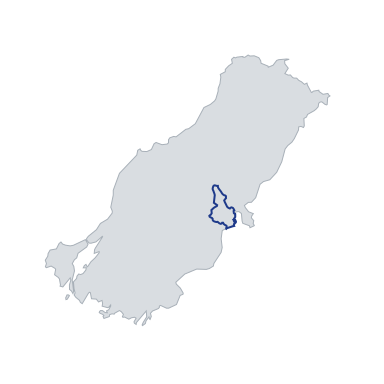 location of Adana within Turkey, rotated 311°
{"feature_id": "TUR-3018", "entity_name": "Adana", "entity_type": "Province", "adm_level": 1, "iso_a3": "TUR", "parent_name": "Turkey", "parent_adm1": "", "projection": "mercator", "projection_center": [35.602, 37.508], "detail": "fine", "context": "in_parent", "style": "outline", "palette": "blue", "viewbox_px": 384, "rotation_deg": 311, "n_neighbors": 0, "source": "natural_earth", "source_scale": "10m", "svg_char_len": 5578}
<svg xmlns="http://www.w3.org/2000/svg" viewBox="0 0 384 384"><g transform="rotate(311 192 192)"><path d="M299.3,136.2L304.6,138.2L306.4,136.7L311.3,136.9L315.6,138.0L318.1,134.8L321.2,135.2L321.7,136.8L323.2,137.4L327.7,141.5L327.2,142.0L328.3,143.5L332.2,144.5L332.6,146.5L335.6,149.6L337.2,154.3L336.2,157.6L334.5,159.7L336.9,166.8L336.2,167.7L340.9,170.0L346.9,169.6L348.7,170.6L354.5,176.2L355.9,178.3L351.9,175.7L349.7,177.9L348.6,183.4L342.3,184.4L343.3,187.9L344.9,189.5L344.4,192.8L344.8,194.1L346.6,196.3L346.3,199.3L347.0,202.4L347.0,206.2L349.6,207.3L348.4,209.0L345.5,216.6L345.7,217.2L347.7,217.4L352.0,220.9L351.2,222.0L351.7,226.8L355.5,229.9L354.9,231.5L355.0,233.1L352.3,232.4L346.7,236.6L346.1,236.5L345.4,235.0L345.2,230.8L343.9,229.7L342.1,229.4L339.1,231.3L336.3,231.3L333.6,230.9L326.4,228.3L323.7,229.2L320.9,228.2L315.5,233.4L313.8,233.8L313.0,231.2L311.1,229.8L308.7,231.7L299.4,234.2L295.1,234.7L289.8,233.8L285.5,234.1L273.7,239.9L262.4,243.0L252.3,242.7L246.8,239.1L242.5,238.3L229.5,243.8L223.2,243.6L221.1,241.3L216.2,240.4L215.2,242.5L214.2,247.7L215.9,252.5L213.1,252.8L211.4,253.8L210.9,257.4L208.4,258.8L207.6,261.0L207.1,261.0L203.1,259.2L204.2,257.5L201.7,250.9L203.0,248.8L208.2,243.4L208.0,240.3L205.8,238.1L199.2,242.0L198.5,243.6L197.0,244.8L194.6,245.2L182.8,240.1L175.9,244.6L169.9,251.2L165.5,253.6L152.4,255.4L150.1,256.7L145.6,255.3L143.0,253.6L136.9,246.1L125.4,240.4L113.3,239.0L112.2,240.5L111.8,246.3L109.9,251.7L108.9,252.3L106.2,250.9L96.9,254.1L89.0,250.6L87.6,249.0L85.8,242.7L84.6,242.2L83.4,243.1L82.0,243.1L76.3,240.3L73.2,240.2L71.4,242.9L68.3,244.0L68.3,243.2L69.5,241.5L64.7,241.8L62.1,243.1L58.7,242.3L58.9,241.6L61.7,240.7L68.1,239.7L72.2,235.5L56.9,235.7L55.4,236.7L55.2,234.5L56.0,233.4L60.1,232.6L59.8,230.8L57.3,228.8L54.6,227.8L53.4,223.2L52.1,222.0L52.2,221.3L54.7,220.5L55.3,217.1L54.9,215.0L49.9,213.2L48.8,213.4L47.6,211.6L45.5,210.3L43.7,211.3L38.8,208.5L39.7,206.5L40.9,206.6L41.1,205.0L40.2,202.3L40.2,201.0L41.3,200.6L42.6,200.8L43.8,202.4L44.0,205.5L45.3,207.3L46.2,205.5L48.5,206.4L52.6,205.5L53.4,204.7L50.4,204.8L49.3,204.1L46.9,199.1L49.3,197.6L51.1,195.2L47.7,193.6L48.4,190.1L45.5,186.2L49.4,181.3L49.2,180.5L47.9,180.2L35.7,182.4L35.5,180.1L36.4,178.2L36.3,173.4L36.9,170.7L39.1,170.0L41.9,166.1L46.4,161.5L51.1,161.6L53.0,160.4L55.8,160.3L56.6,162.1L59.0,163.3L63.4,163.1L65.4,162.0L63.4,159.7L65.9,159.0L67.8,159.5L66.8,162.0L67.4,162.2L73.0,161.5L78.8,162.1L85.3,161.8L86.1,161.0L81.5,158.5L84.4,156.4L86.1,155.9L99.6,153.9L99.7,153.4L91.4,152.3L87.1,149.4L85.9,147.8L86.7,144.0L87.7,143.0L90.6,142.8L100.9,144.6L108.2,143.5L116.1,146.1L123.7,145.6L125.3,144.4L127.2,140.7L138.0,134.6L141.7,131.4L158.5,125.0L183.6,126.1L187.9,123.7L190.5,124.5L189.8,126.1L189.9,127.6L192.9,131.4L197.4,133.5L203.6,131.7L205.8,132.4L208.0,138.3L211.9,141.8L213.7,142.0L216.0,140.0L218.3,139.7L221.9,141.7L223.2,143.8L235.2,146.2L237.7,148.0L245.7,149.7L263.6,145.6L270.1,148.4L275.6,149.3L278.0,148.9L285.2,145.6L287.5,143.7L292.0,142.1L297.6,138.4L299.3,136.2ZM68.3,125.9L67.8,128.5L68.9,131.4L71.4,135.4L73.9,137.4L86.1,142.8L84.4,147.8L81.4,148.6L71.0,146.2L66.7,148.2L63.7,147.7L59.4,148.6L58.3,151.6L55.3,155.1L47.0,159.3L39.4,167.8L37.2,168.8L38.2,166.0L38.1,163.5L41.4,160.5L46.1,158.3L47.3,156.4L35.6,156.8L34.4,154.2L35.6,153.7L39.4,149.0L39.8,147.2L39.4,142.6L44.1,139.9L44.5,138.9L43.7,134.3L39.3,131.7L39.4,130.4L42.5,129.1L44.3,126.0L48.9,125.3L51.1,123.8L55.1,123.0L60.1,127.0L65.9,125.5L68.3,125.9ZM33.3,167.5L29.3,168.2L28.1,167.5L29.3,166.1L32.4,165.2L33.4,166.5L33.3,167.5Z" fill="#d9dde1" stroke="#a8b0b8" stroke-width="1"/><path d="M203.8,238.9L203.1,239.7L202.9,239.9L202.6,240.0L201.9,240.7L201.6,241.0L201.0,241.1L199.5,241.2L198.9,241.4L198.7,241.6L198.5,242.0L198.3,242.1L198.4,241.9L198.2,241.7L198.1,242.0L197.8,242.3L197.6,242.6L197.8,242.9L198.0,242.5L198.4,242.6L198.4,242.3L198.5,242.3L198.7,242.5L198.8,242.4L198.8,242.1L198.7,242.0L198.9,241.9L199.0,242.0L199.2,242.3L199.4,242.2L199.6,242.1L199.8,242.1L200.0,242.1L199.0,242.6L198.5,243.0L198.2,243.5L198.3,243.7L198.5,243.5L199.3,242.6L199.5,242.5L199.7,242.4L199.1,243.1L199.0,243.3L198.9,243.7L198.8,243.8L198.7,244.0L198.7,244.3L198.6,244.5L198.3,244.7L198.1,244.9L197.9,244.9L197.4,245.0L197.2,244.9L196.6,244.4L196.2,244.4L196.1,244.5L196.2,244.8L196.3,244.8L196.9,245.1L196.2,244.9L195.5,244.8L195.3,244.8L194.9,245.0L194.8,245.3L194.6,245.4L194.2,245.5L193.8,245.9L193.8,246.0L193.6,245.9L193.3,245.5L193.1,245.4L192.9,245.3L188.6,242.7L188.1,242.5L187.5,242.1L187.2,242.0L186.9,242.0L186.7,242.0L186.7,241.9L187.6,241.3L188.3,241.1L189.0,240.5L189.1,239.9L189.0,239.3L188.7,238.1L188.7,236.9L189.2,235.6L188.6,234.9L187.5,235.0L186.7,234.4L186.3,233.1L186.3,230.9L185.5,230.3L184.8,229.1L184.3,227.8L184.2,226.8L184.3,226.3L184.8,225.6L185.0,225.4L185.3,225.2L185.5,224.3L185.4,223.7L185.0,222.6L184.9,221.5L185.4,220.7L186.3,220.8L187.2,221.1L188.9,220.8L191.1,218.5L194.1,218.8L195.6,219.2L197.7,220.0L198.6,219.6L198.2,215.6L204.6,211.2L205.5,209.9L206.3,208.4L206.7,207.8L207.5,206.0L208.2,205.3L209.5,204.6L210.9,204.2L211.8,204.6L212.4,205.6L212.9,206.8L213.6,207.5L212.6,208.5L212.1,209.8L211.3,213.7L210.8,215.1L210.5,216.5L210.5,217.1L210.6,218.2L211.2,219.5L211.1,220.4L210.5,220.9L210.2,221.1L209.7,221.7L208.4,221.7L206.8,221.8L206.0,223.2L205.1,225.4L203.9,228.2L203.9,229.9L204.4,231.4L204.8,231.4L205.9,231.6L206.4,232.0L206.5,232.3L206.8,233.5L206.5,234.6L206.0,235.9L205.6,235.8L205.3,235.7L204.9,235.9L203.5,237.5L203.5,238.4L203.8,238.9Z" fill="none" stroke="#1e3a8a" stroke-width="2"/></g></svg>